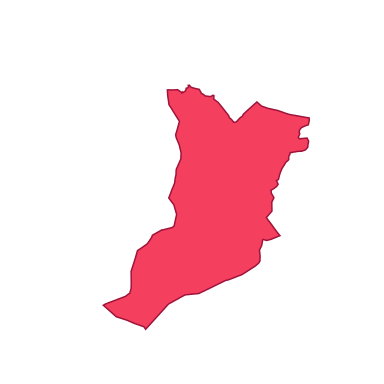 outline of Al Ma'afer, Ta`izz, Yemen, rotated 324°
{"feature_id": "15242507B70536042027816", "entity_name": "Al Ma'afer", "entity_type": "district", "adm_level": 2, "iso_a3": "YEM", "parent_name": "Yemen", "parent_adm1": "Ta`izz", "projection": "natural_earth1", "projection_center": [43.973, 13.376], "detail": "fine", "context": "isolated", "style": "filled", "palette": "rose", "viewbox_px": 384, "rotation_deg": 324, "n_neighbors": 0, "source": "geoboundaries", "source_scale": "gbopen_adm2", "svg_char_len": 3683}
<svg xmlns="http://www.w3.org/2000/svg" viewBox="0 0 384 384"><g transform="rotate(324 192 192)"><path d="M73.8,275.8L74.2,275.7L88.1,272.8L89.6,272.5L91.5,272.1L103.9,269.5L107.1,268.8L119.1,270.3L120.3,270.4L126.0,271.2L137.8,278.1L150.0,280.3L155.7,281.3L157.0,281.5L164.9,282.9L167.2,283.3L169.6,284.4L177.5,286.5L180.9,287.4L183.1,288.0L183.9,288.2L185.7,288.3L186.7,288.4L192.5,288.7L199.6,289.1L204.3,288.7L204.7,288.5L206.5,287.7L208.2,285.4L209.3,284.1L211.1,281.0L212.4,278.7L217.1,276.1L220.0,273.3L221.0,272.2L221.7,272.2L223.2,274.2L223.9,275.1L228.3,276.8L230.9,277.4L232.5,277.8L233.2,278.0L237.5,279.0L237.4,277.9L237.2,273.7L237.2,265.0L237.2,263.9L237.2,263.4L237.1,259.3L237.1,256.4L245.5,254.4L249.1,249.2L249.6,248.6L250.5,247.2L254.9,244.8L255.5,239.6L257.0,237.0L259.5,237.3L263.6,237.3L266.3,236.3L266.4,235.6L267.0,232.3L268.6,232.6L269.3,232.7L271.0,231.2L272.8,229.7L275.0,228.1L278.6,225.9L279.7,225.5L281.1,224.9L281.4,224.8L282.6,224.3L284.5,223.5L285.6,223.0L287.4,223.0L287.5,223.0L288.7,222.8L289.5,222.5L290.6,220.8L291.6,219.7L293.0,219.3L294.6,217.9L296.5,219.0L297.8,219.4L299.5,220.5L300.5,220.8L300.8,220.9L302.3,221.9L302.8,222.2L304.9,223.6L305.5,223.7L308.1,224.5L308.6,224.6L308.8,224.6L312.0,223.8L312.2,223.6L313.9,221.6L316.2,219.5L316.8,216.0L310.1,212.0L310.2,210.2L313.4,208.3L313.7,206.9L315.6,204.9L315.8,204.9L318.2,204.3L319.8,204.5L320.3,204.6L322.2,205.0L325.6,206.0L329.3,202.7L330.3,200.8L330.0,200.7L329.8,200.4L326.4,197.0L325.2,195.7L323.4,193.8L321.8,192.1L321.7,192.1L320.5,190.7L320.3,190.6L317.4,187.6L317.2,187.3L315.9,186.0L315.9,185.9L313.7,182.9L311.8,180.1L309.2,176.3L308.8,176.0L308.5,175.6L306.9,173.8L305.4,172.1L305.1,171.7L303.1,169.5L302.6,168.9L301.1,166.7L298.8,163.5L297.4,157.3L293.2,157.7L292.4,157.8L290.5,158.0L288.7,158.2L286.4,158.4L284.6,158.6L284.2,158.6L283.9,158.7L279.8,159.2L279.2,159.3L277.5,160.3L274.7,160.2L273.2,160.5L272.2,160.7L270.2,161.1L269.1,161.3L268.3,161.0L268.1,160.9L266.8,160.3L266.7,158.2L266.6,156.9L266.6,156.7L265.9,153.6L266.6,151.6L266.5,150.8L266.5,150.1L266.3,145.3L266.3,144.7L266.3,144.3L266.1,140.0L266.0,138.8L265.8,135.0L265.8,134.9L265.6,134.2L264.7,131.2L264.2,129.7L266.4,126.8L265.7,126.0L263.2,125.8L259.1,122.0L258.6,119.7L257.6,118.0L258.2,113.2L256.2,111.0L253.8,108.1L252.7,106.4L252.7,106.1L252.7,105.6L252.7,105.1L252.7,104.4L252.7,104.1L251.6,103.5L251.0,104.9L249.6,105.2L248.3,104.6L247.7,105.2L246.7,106.0L245.9,106.4L242.9,106.2L242.9,105.7L242.5,106.0L242.1,105.9L242.3,105.7L240.5,100.8L240.1,100.5L237.6,98.9L237.2,98.7L232.1,94.9L228.9,99.9L226.2,105.1L226.1,105.3L225.7,106.0L225.4,106.5L225.2,107.0L224.7,107.8L224.6,109.9L224.5,111.9L224.2,115.5L224.0,118.6L223.8,121.1L223.7,122.8L223.4,127.4L223.2,127.6L216.2,133.2L212.5,136.0L211.2,138.6L209.3,146.6L207.5,150.8L206.2,153.9L202.4,158.7L202.2,158.8L201.9,159.0L201.2,159.4L201.0,159.5L200.5,159.8L198.0,161.3L197.2,161.7L196.7,162.0L196.4,162.2L195.8,162.6L195.6,162.7L192.9,164.2L191.7,165.4L191.4,165.8L189.1,168.8L187.3,170.2L187.2,170.3L183.3,174.4L183.1,174.6L182.5,175.0L179.2,177.1L177.4,178.1L174.3,180.2L171.1,182.3L169.7,183.1L169.7,187.6L169.8,191.7L169.6,192.3L167.7,197.5L167.0,199.4L166.4,201.1L157.5,209.0L154.8,209.0L145.2,205.1L145.2,204.9L134.6,203.7L132.3,205.2L131.7,205.4L130.4,205.8L129.7,206.1L129.4,206.2L128.9,206.4L125.5,207.6L119.3,207.6L116.8,207.5L114.4,207.4L113.4,207.4L106.9,212.5L96.1,220.4L93.7,223.8L93.5,224.1L88.4,231.2L86.0,234.3L81.9,237.5L81.6,237.4L80.9,237.2L76.8,237.3L63.5,233.7L56.5,231.8L53.7,231.5L57.4,248.4L58.1,249.3L64.3,257.9L65.9,260.7L68.1,264.4L73.9,272.8L73.8,275.8Z" fill="#f43f5e" stroke="#9f1239" stroke-width="1.5"/></g></svg>